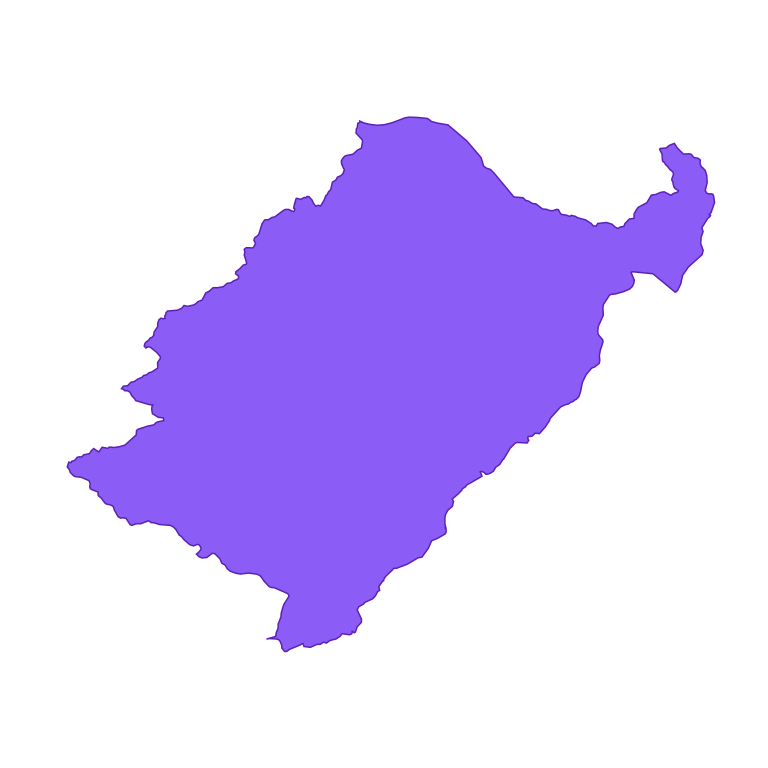 the district of Kuantan Singingi, Riau, Indonesia, rotated 278°
{"feature_id": "22746128B8182037452639", "entity_name": "Kuantan Singingi", "entity_type": "district", "adm_level": 2, "iso_a3": "IDN", "parent_name": "Indonesia", "parent_adm1": "Riau", "projection": "albers", "projection_center": [101.542, -0.494], "detail": "fine", "context": "isolated", "style": "filled", "palette": "violet", "viewbox_px": 768, "rotation_deg": 278, "n_neighbors": 0, "source": "geoboundaries", "source_scale": "gbopen_adm2", "svg_char_len": 6156}
<svg xmlns="http://www.w3.org/2000/svg" viewBox="0 0 768 768"><g transform="rotate(278 384 384)"><path d="M599.1,684.0L609.6,686.1L615.7,684.4L617.7,683.2L617.9,681.0L617.4,679.4L617.9,677.1L620.3,675.2L628.4,676.0L635.5,674.6L640.3,672.3L642.7,669.3L642.5,668.7L644.1,667.5L646.2,666.3L649.9,666.0L651.3,663.6L651.3,660.2L651.9,658.6L654.1,656.5L654.5,654.2L653.3,648.5L658.5,641.7L662.7,638.0L659.9,633.2L657.0,630.6L655.8,625.3L655.6,624.6L654.6,624.3L650.5,627.3L644.2,628.6L643.0,629.3L642.3,631.2L640.5,632.1L639.4,634.0L636.2,637.2L634.2,640.6L631.9,641.5L627.2,640.5L625.8,640.7L623.8,642.3L622.7,642.3L619.4,643.7L617.9,645.3L616.5,648.6L615.3,648.6L612.9,644.0L610.8,641.9L613.3,634.7L612.3,631.3L609.5,626.8L608.3,622.5L600.2,619.1L594.3,611.1L591.5,609.6L587.2,608.0L582.8,608.5L581.5,604.0L576.5,600.3L573.5,599.6L572.4,596.3L570.5,593.7L571.8,590.7L574.0,587.4L574.9,581.8L572.7,573.3L569.9,572.2L569.6,569.4L571.8,566.8L574.6,560.7L575.6,552.3L576.6,550.5L577.1,546.1L575.8,544.6L576.6,541.2L576.6,536.2L577.8,534.7L580.9,532.4L581.0,530.8L579.2,527.3L578.9,525.2L578.9,523.2L579.6,520.9L579.4,516.6L583.5,509.4L583.4,505.9L585.3,501.5L585.5,498.8L587.8,495.7L587.3,486.6L608.3,463.5L611.3,459.5L612.0,455.4L613.7,452.3L621.6,448.7L636.0,432.5L649.5,411.3L649.8,400.3L650.6,394.4L653.0,390.3L652.6,379.8L651.7,371.5L650.6,368.0L643.8,355.6L640.8,348.2L639.3,341.4L639.1,334.3L639.7,327.7L641.0,323.4L639.9,323.7L638.5,321.8L634.3,321.8L632.6,321.1L628.5,321.4L622.6,328.6L621.1,329.0L614.4,328.8L611.9,325.1L607.2,321.3L605.0,314.9L604.0,313.3L601.6,311.7L598.9,310.7L596.0,311.4L590.5,314.9L586.7,314.1L584.4,312.4L582.4,309.1L579.2,307.9L576.7,304.8L569.2,304.2L566.6,302.3L563.5,301.3L562.3,300.1L558.2,299.3L551.5,296.5L551.8,293.8L550.5,291.7L553.2,289.0L556.2,287.1L559.1,283.6L559.0,281.7L557.7,281.0L557.6,279.0L555.3,276.0L555.8,271.9L555.1,271.1L548.8,270.2L545.6,270.1L544.8,271.3L542.5,271.0L542.1,270.0L543.6,265.3L543.2,262.2L542.0,260.3L534.2,252.5L533.4,249.9L530.7,246.8L529.8,242.9L525.6,240.9L515.2,239.3L513.5,238.4L511.0,235.8L509.7,235.3L508.1,235.2L505.6,237.2L501.7,236.0L500.5,235.1L499.8,228.6L497.9,226.8L495.2,227.9L492.4,227.6L484.6,231.2L483.5,230.9L482.1,228.0L478.0,225.1L474.5,221.6L472.5,221.7L470.5,224.9L469.2,225.2L467.5,224.6L465.2,220.7L463.0,218.4L461.8,214.6L458.0,211.3L456.2,205.7L455.6,201.4L451.4,197.9L449.6,194.9L441.8,192.2L439.6,188.2L436.9,186.1L435.7,184.3L433.6,178.7L433.9,175.0L431.0,173.3L428.3,169.0L426.1,159.4L424.2,158.2L422.6,158.2L420.6,157.4L418.6,158.1L417.9,156.6L418.1,153.8L416.3,152.2L412.6,151.5L409.4,151.9L403.5,149.1L399.9,149.1L398.3,148.1L396.6,145.7L395.1,145.2L392.0,142.2L390.5,141.5L388.1,141.3L386.5,143.3L388.1,145.2L388.0,147.3L383.6,154.6L380.0,158.6L378.3,159.0L373.9,156.8L368.3,157.7L363.4,152.1L362.5,149.8L360.1,147.7L359.0,144.8L356.9,143.4L354.7,139.6L351.6,136.2L350.5,133.1L346.6,130.3L345.6,126.2L342.8,124.7L342.6,126.1L341.2,128.5L341.6,130.6L340.6,133.5L337.0,136.1L334.5,139.3L333.0,140.3L331.0,153.8L331.0,158.0L329.9,157.4L326.9,157.4L322.4,158.8L319.6,165.2L319.7,170.2L317.1,171.0L315.0,165.1L313.7,163.3L311.6,161.9L309.2,155.4L304.9,146.6L303.5,145.4L299.1,145.7L287.5,136.0L285.2,131.0L283.6,125.8L283.3,120.6L282.2,120.0L281.9,119.2L282.1,113.7L277.0,111.0L279.7,105.5L276.6,103.1L274.1,102.2L272.2,96.7L269.5,94.4L269.6,92.8L268.7,90.3L266.5,89.2L264.8,87.6L264.2,85.7L262.5,84.8L262.8,82.7L257.8,81.9L255.0,84.6L252.9,85.5L249.8,89.5L249.3,91.6L249.5,96.8L247.3,105.2L244.6,106.9L241.1,106.9L239.5,107.7L238.8,109.1L237.2,116.0L234.6,116.2L233.5,116.8L231.9,119.6L227.4,124.1L226.4,126.1L226.2,130.0L225.0,133.0L221.7,134.5L215.7,139.1L214.5,141.7L215.2,144.1L215.0,147.3L209.3,152.2L208.9,154.1L211.0,157.8L211.8,162.6L215.8,169.9L214.3,172.8L214.6,175.3L213.6,181.3L214.3,192.2L213.0,195.6L210.6,198.5L205.9,202.2L204.6,204.9L202.0,207.6L197.8,214.1L197.2,218.0L199.2,221.5L198.9,223.6L196.0,225.7L195.0,225.8L192.2,224.3L189.4,221.9L187.2,224.9L186.4,227.9L187.5,232.7L192.4,237.4L192.5,240.0L188.1,245.8L183.9,248.4L182.6,251.8L179.3,254.4L177.2,257.8L176.0,263.5L175.8,268.1L177.9,276.1L178.0,285.1L176.5,288.6L171.5,293.3L167.3,298.6L166.8,301.1L167.0,303.7L163.1,317.7L161.3,319.3L160.5,319.4L152.0,315.6L148.5,314.9L142.7,314.1L139.1,314.4L131.5,312.6L127.4,313.1L122.9,311.9L119.0,311.9L115.0,303.1L115.9,305.7L116.5,312.5L116.2,315.2L114.7,316.9L111.2,319.0L108.2,319.6L105.3,322.8L105.6,324.9L108.2,327.5L113.8,337.2L115.9,339.6L116.3,339.4L112.9,341.3L113.0,347.8L116.7,353.5L117.4,357.2L120.0,360.1L119.4,363.1L122.3,365.9L124.9,372.1L128.1,375.7L130.9,377.3L130.9,384.8L132.2,386.8L134.6,387.0L133.5,389.0L134.4,390.2L139.8,391.2L144.9,394.8L148.1,394.4L156.7,388.8L160.0,390.1L163.3,394.4L165.0,395.3L169.8,402.8L173.1,405.0L177.5,406.6L179.0,408.4L182.8,407.1L188.6,410.1L189.1,411.0L190.5,411.0L193.4,412.2L203.0,419.7L203.1,421.8L209.1,432.6L216.6,441.9L217.9,445.7L227.3,450.7L235.4,453.0L238.9,458.9L243.9,465.3L245.9,466.1L249.1,465.7L250.0,464.6L250.4,465.2L253.9,463.8L260.2,462.9L263.3,463.1L267.7,464.7L272.5,468.8L277.3,469.2L279.6,467.6L285.5,472.8L289.7,475.9L290.8,475.9L293.6,479.0L295.5,480.0L306.3,493.9L310.5,491.5L311.0,492.5L310.5,495.3L308.9,497.3L308.9,498.7L310.3,501.5L312.8,504.5L317.1,506.2L320.5,509.8L325.9,512.3L326.1,512.9L337.9,517.8L343.6,522.1L344.6,523.7L345.5,534.0L348.2,535.2L350.2,533.9L351.9,534.0L353.1,538.1L356.3,540.5L356.5,544.8L364.1,549.8L370.9,553.0L373.0,553.3L385.9,562.1L388.7,566.4L389.9,569.6L391.8,571.3L392.9,573.6L394.7,575.0L395.4,576.4L398.5,578.7L403.8,579.7L413.1,580.2L421.4,582.9L428.6,587.4L430.2,590.3L434.5,594.3L437.4,594.4L442.2,593.3L447.4,593.5L456.0,595.0L458.1,594.5L462.9,589.2L465.4,588.4L470.5,588.1L482.7,591.6L490.0,590.1L493.4,590.3L503.1,594.8L504.2,595.9L505.5,600.9L508.9,608.6L512.1,613.9L515.0,616.3L518.2,617.3L521.7,617.4L528.9,613.1L529.3,613.4L529.8,615.3L530.6,635.0L515.5,659.5L516.0,660.6L517.8,661.8L524.3,663.9L533.2,664.6L542.2,669.1L556.4,681.0L560.7,681.5L567.4,678.0L573.7,677.6L579.3,678.8L582.9,677.0L593.0,681.5L595.1,683.4L596.5,683.9L597.0,682.4L599.1,684.0Z" fill="#8b5cf6" stroke="#5b21b6" stroke-width="1.5"/></g></svg>